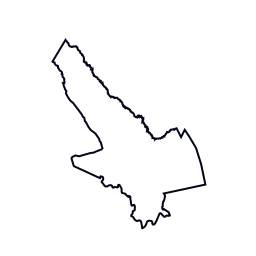 Shibuyunji, Central, Zambia (Natural Earth projection), rotated 346°
{"feature_id": "96606910B97598096149790", "entity_name": "Shibuyunji", "entity_type": "district", "adm_level": 2, "iso_a3": "ZMB", "parent_name": "Zambia", "parent_adm1": "Central", "projection": "natural_earth1", "projection_center": [27.684, -15.332], "detail": "fine", "context": "isolated", "style": "outline", "palette": "ink", "viewbox_px": 256, "rotation_deg": 346, "n_neighbors": 0, "source": "geoboundaries", "source_scale": "gbopen_adm2", "svg_char_len": 5823}
<svg xmlns="http://www.w3.org/2000/svg" viewBox="0 0 256 256"><g transform="rotate(346 128 128)"><path d="M88.7,27.4L70.8,45.3L71.1,45.8L72.6,46.7L72.4,47.7L72.9,48.9L73.6,50.1L74.8,50.5L75.0,51.2L74.7,52.7L75.4,54.2L75.6,55.6L76.9,56.9L77.4,57.8L77.2,58.9L76.7,59.6L77.4,60.2L77.1,61.1L76.9,62.4L77.8,64.0L77.9,64.5L77.8,65.0L78.0,65.4L77.5,66.9L77.6,67.9L77.1,68.3L77.0,68.8L76.5,68.5L75.7,68.6L75.9,69.1L76.0,72.7L76.4,75.6L77.2,77.2L76.3,79.0L76.3,80.2L77.2,83.6L78.6,87.4L80.9,90.6L86.4,103.6L87.0,106.3L88.1,107.7L87.8,110.8L88.5,111.8L89.9,117.4L90.8,119.7L91.5,121.2L94.5,124.7L95.4,126.3L97.3,131.6L97.4,133.8L98.1,135.5L98.3,141.6L97.0,142.4L91.1,143.1L89.1,143.6L85.7,143.2L73.6,143.6L70.3,141.9L66.9,142.7L65.8,143.7L66.2,151.9L88.7,169.9L89.4,169.1L89.4,168.6L89.8,168.3L91.6,169.4L91.8,171.2L91.0,172.5L89.8,173.2L89.4,174.2L90.3,175.9L91.1,178.0L91.9,179.2L94.0,179.7L94.4,179.4L96.1,179.0L97.8,179.5L98.4,180.1L98.6,181.6L99.1,182.3L99.5,182.4L99.8,182.0L100.2,182.0L101.5,182.1L101.3,181.7L101.5,182.1L103.0,183.0L103.8,182.9L104.1,182.7L104.4,181.4L104.9,180.9L105.6,181.0L106.2,181.7L106.4,183.0L107.0,184.8L107.0,185.8L106.4,188.3L106.4,189.2L106.7,189.7L108.8,190.7L109.7,191.6L110.2,193.0L110.7,193.4L111.6,194.9L112.0,194.9L112.0,194.2L112.4,194.1L113.2,194.7L113.5,195.2L113.6,195.9L113.1,197.1L113.1,199.3L112.6,202.4L112.7,203.8L112.9,204.2L113.8,204.4L114.5,204.0L115.2,204.0L115.4,204.2L115.7,205.2L115.4,207.0L114.6,209.3L114.2,209.6L112.9,209.7L112.5,210.0L112.0,211.6L111.2,212.6L110.3,213.2L109.8,214.0L110.0,214.4L111.5,215.7L111.9,217.4L112.8,219.2L113.9,220.2L114.9,220.5L116.4,220.3L117.5,221.0L117.8,221.4L118.0,221.9L118.0,222.9L117.8,226.8L117.5,228.2L117.6,228.6L119.7,228.2L122.0,226.3L123.8,223.6L124.5,223.2L126.1,223.0L128.1,223.9L128.7,224.5L128.8,225.0L128.5,226.5L128.7,227.5L129.3,227.9L129.9,227.9L131.2,227.1L133.3,224.8L137.8,218.8L138.3,218.5L139.1,218.6L141.6,222.9L141.8,223.0L142.6,223.0L144.2,222.3L146.1,223.0L147.3,223.1L147.6,222.6L147.2,221.5L147.2,219.9L146.5,219.1L146.2,218.4L145.5,218.0L144.5,216.6L143.5,216.0L143.4,216.1L142.3,215.6L142.1,215.3L142.5,214.9L142.0,214.7L141.8,214.0L142.2,212.7L142.9,212.1L143.2,210.3L143.9,209.2L144.3,207.9L144.9,207.6L145.7,206.7L147.4,203.1L147.5,201.9L146.9,200.2L189.4,201.6L190.2,180.9L189.2,163.9L185.1,150.3L182.6,143.5L177.3,149.7L175.0,140.0L174.4,140.0L173.9,140.4L172.9,140.4L172.5,140.9L171.7,140.5L171.6,140.2L171.3,140.4L170.6,140.2L169.3,140.1L168.9,140.4L168.8,140.2L167.5,141.0L167.3,141.6L166.8,141.9L166.0,141.9L164.9,141.3L164.1,142.4L163.7,142.5L162.3,144.0L161.3,144.4L161.2,144.8L160.8,144.4L159.5,145.2L159.0,145.1L158.9,145.8L158.7,145.8L157.2,145.8L156.7,146.0L156.5,145.7L154.8,145.6L153.2,145.2L152.8,145.4L152.1,145.1L151.6,145.4L151.7,145.1L151.4,144.8L151.5,144.5L150.4,143.9L150.2,144.1L149.3,143.6L149.7,143.1L149.5,142.8L149.7,142.1L149.5,141.6L149.0,141.3L149.1,140.7L148.8,140.4L149.0,140.2L148.5,139.9L148.4,138.8L147.6,137.6L147.3,137.7L147.3,137.1L146.7,136.6L146.7,135.9L146.2,135.8L146.1,136.3L145.9,136.2L145.9,135.7L145.6,135.7L146.2,134.4L146.1,133.9L146.9,133.9L147.1,134.2L147.3,134.0L146.9,132.8L147.0,131.7L146.4,131.1L146.0,131.4L145.9,131.7L145.2,131.4L145.3,131.1L145.0,130.5L145.4,130.1L145.5,129.5L144.6,128.2L144.8,127.4L144.6,126.9L144.3,126.9L144.3,126.0L143.6,125.4L143.4,125.5L143.8,124.4L144.5,124.1L144.9,123.5L145.2,122.3L144.8,122.4L144.8,122.0L144.5,121.8L144.0,122.0L143.8,121.2L144.1,120.7L143.9,120.2L143.5,120.2L143.3,119.9L143.0,120.0L143.1,119.8L142.7,119.9L142.6,119.6L142.4,119.7L142.4,119.2L141.9,118.9L141.7,118.5L140.9,118.5L140.8,118.9L140.5,118.8L140.1,119.6L140.2,119.9L139.8,120.1L139.3,119.9L139.6,119.4L139.3,119.3L139.3,119.1L138.2,119.2L137.1,118.1L137.0,117.8L137.1,116.2L136.7,115.1L136.3,114.3L135.9,114.3L135.6,113.9L135.7,113.7L134.6,112.8L134.7,112.5L134.4,112.2L134.6,111.6L134.1,111.0L134.2,110.7L133.8,110.5L133.7,109.9L132.9,109.7L132.9,109.4L132.2,108.8L132.3,108.6L131.4,108.3L131.4,107.9L130.8,107.9L130.6,107.3L129.7,106.9L129.8,106.6L129.4,106.6L129.4,106.8L128.6,105.7L128.6,105.4L128.8,105.6L129.0,105.4L128.7,105.2L128.6,104.8L128.9,104.7L128.8,104.1L128.4,103.4L128.5,102.1L127.8,101.0L127.9,100.8L127.6,100.6L127.4,100.2L127.2,100.2L127.4,99.7L126.9,99.2L127.0,99.0L126.8,98.7L126.4,98.5L126.3,98.2L125.6,97.6L124.7,96.0L123.2,95.7L122.9,95.8L122.5,95.4L122.2,95.5L122.2,95.3L121.7,95.1L121.5,94.6L121.2,94.7L120.5,94.1L120.5,93.9L120.1,93.8L119.8,93.5L119.2,93.5L118.9,93.8L118.7,93.0L118.0,92.6L117.5,91.1L117.0,90.5L117.2,90.0L116.8,89.1L117.2,88.8L117.2,87.6L117.4,86.2L117.2,86.0L117.2,85.4L116.6,85.0L116.7,84.7L116.3,84.2L116.5,83.9L116.4,83.5L116.0,83.3L115.6,82.6L115.3,82.5L115.3,82.2L114.8,81.7L114.6,80.9L114.0,80.1L113.9,79.4L114.2,79.2L114.0,78.6L114.2,77.9L113.4,78.0L113.3,77.6L112.9,77.6L112.5,76.6L112.8,76.0L112.2,76.0L112.3,75.5L111.9,75.5L112.0,75.0L111.7,74.4L111.5,73.9L110.7,73.3L110.4,72.5L110.5,71.7L109.9,71.0L109.1,70.7L108.7,70.0L107.7,69.5L107.8,68.8L107.7,68.3L107.4,68.3L107.4,66.5L107.0,65.8L107.1,65.1L106.9,64.9L107.8,62.8L107.5,62.8L107.6,62.4L107.2,62.7L107.2,62.4L106.9,62.4L107.0,62.2L106.6,62.1L107.0,61.7L107.0,61.4L106.7,60.6L106.4,60.3L106.3,59.7L106.0,59.6L105.9,59.1L106.1,59.1L106.2,58.5L106.0,57.7L105.5,57.5L105.2,58.0L104.8,58.0L104.1,57.8L103.9,57.3L103.6,57.4L103.0,56.5L103.6,55.5L103.3,54.9L103.4,54.5L102.6,54.4L102.6,53.9L101.9,53.8L101.2,53.0L101.2,52.5L101.6,52.4L101.9,51.8L101.9,50.9L102.0,50.5L101.9,50.2L102.2,49.7L102.2,49.2L101.7,46.5L101.4,45.8L101.0,45.9L100.9,44.9L99.9,43.5L99.8,42.9L100.0,41.9L98.4,40.1L98.4,38.8L98.2,38.6L98.4,37.5L98.1,37.1L97.6,37.0L97.4,36.2L96.9,35.9L96.0,36.0L94.9,35.7L93.8,35.9L93.5,35.6L93.0,35.7L91.5,34.8L90.6,33.1L90.6,30.9L89.8,30.4L89.6,29.1L88.9,28.2L88.7,27.4Z" fill="none" stroke="#020617" stroke-width="2"/></g></svg>